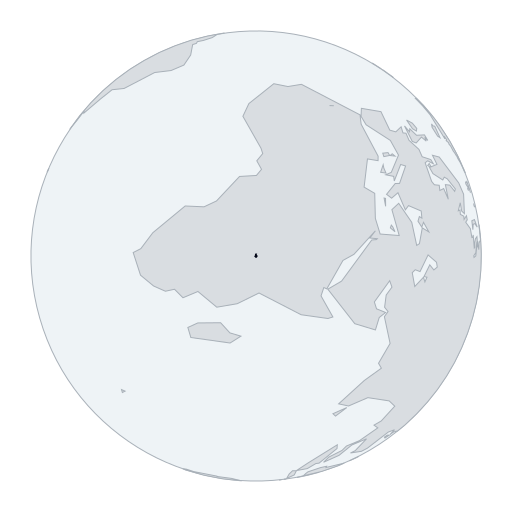 Ngozi highlighted on a globe, orthographic projection, rotated 74°
{"feature_id": "BDI-2642", "entity_name": "Ngozi", "entity_type": "Province", "adm_level": 1, "iso_a3": "BDI", "parent_name": "Burundi", "parent_adm1": "", "projection": "orthographic", "projection_center": [29.883, -2.862], "detail": "fine", "context": "on_globe", "style": "filled", "palette": "ink", "viewbox_px": 512, "rotation_deg": 74, "n_neighbors": 0, "source": "natural_earth", "source_scale": "10m", "svg_char_len": 6225}
<svg xmlns="http://www.w3.org/2000/svg" viewBox="0 0 512 512"><g transform="rotate(74 256 256)"><circle cx="256" cy="256" r="225" fill="#eef3f6" stroke="#a8b0b8"/><path d="M122.4,74.6L121.7,75.2L118.2,77.8L117.0,78.7L122.4,74.6ZM32.9,224.8L32.2,232.0L34.0,237.8L34.3,247.2L33.8,253.3L35.2,254.7L35.3,258.6L44.8,263.4L52.6,272.7L54.3,286.5L51.7,302.8L58.6,336.6L56.5,348.5L62.1,362.0L71.2,382.1L69.1,381.2L76.2,390.6L80.3,396.6L80.6,397.4L82.9,400.1L72.4,386.6L63.1,372.4L54.8,357.4L47.7,341.9L41.8,325.9L37.2,309.5L33.7,292.8L31.6,275.9L30.7,258.9L31.2,241.8L32.9,224.8ZM116.9,433.1L114.6,430.9L116.0,431.9L117.9,433.7L116.9,433.1ZM316.1,38.9L316.4,39.0L331.8,43.8L346.7,49.8L361.2,56.8L375.1,64.8L388.4,73.8L401.1,83.7L413.0,94.4L424.1,106.0L434.4,118.4L443.7,131.5L452.1,145.2L459.5,159.4L463.2,168.1L463.1,172.3L464.4,176.1L461.2,170.7L461.7,177.4L471.4,201.8L472.8,208.5L471.4,219.5L470.5,214.4L462.2,200.1L464.1,216.0L470.5,231.1L472.9,247.9L469.4,241.6L466.6,226.9L463.6,221.4L462.0,207.4L454.8,186.3L451.1,189.2L449.1,181.1L438.6,164.0L432.0,167.9L423.0,187.5L425.7,208.4L420.9,217.3L405.5,186.2L398.4,166.4L392.9,167.8L377.0,151.2L349.7,149.3L345.8,144.4L340.7,146.5L329.4,141.6L323.4,133.9L316.6,134.3L332.8,154.9L340.0,154.7L346.0,147.0L349.1,154.5L360.0,161.6L348.3,179.7L307.7,196.1L303.7,180.6L272.5,140.3L273.4,135.9L273.2,135.4L272.8,134.6L270.1,141.6L264.7,134.3L281.4,161.4L284.2,173.6L307.1,197.0L305.0,199.5L312.3,204.5L335.8,198.9L335.9,204.1L324.9,228.8L292.4,263.3L296.7,287.2L294.4,307.8L274.1,321.6L276.0,337.7L265.5,343.5L264.9,352.8L256.6,362.7L242.6,372.3L218.8,373.1L217.2,364.7L205.2,348.8L188.4,310.3L194.4,292.4L192.2,278.8L175.0,249.9L178.7,233.4L174.2,226.8L164.7,229.0L159.4,221.3L153.7,221.5L118.1,230.1L107.5,220.8L95.3,191.4L101.9,178.6L103.5,165.0L149.0,117.1L158.3,118.6L193.7,111.1L198.0,112.4L193.4,122.1L219.6,133.1L228.5,124.6L252.7,130.9L269.1,130.6L275.8,112.7L248.9,112.6L244.7,104.3L266.6,97.0L290.1,98.6L289.2,95.5L274.8,88.4L280.5,83.2L269.8,85.7L273.9,88.7L267.2,90.7L263.1,88.1L265.3,86.1L258.3,84.8L249.6,95.5L252.8,99.7L234.3,102.1L237.8,109.7L232.7,113.5L224.7,102.2L225.8,98.0L210.7,87.4L207.9,91.7L222.0,102.4L217.4,101.7L213.7,108.9L212.9,102.9L198.3,91.2L181.9,95.0L160.2,114.0L150.7,116.5L143.1,114.0L151.7,96.1L171.9,92.7L175.2,87.4L171.8,80.9L178.2,80.8L179.3,78.0L187.0,77.0L198.4,70.0L206.4,68.9L211.5,61.4L216.2,60.1L211.8,64.7L213.0,67.7L232.7,66.6L236.7,64.9L238.5,60.4L243.7,61.2L242.9,57.0L254.5,55.5L239.6,54.3L241.3,50.2L248.6,47.2L246.5,45.9L234.5,50.9L232.1,53.3L234.4,55.5L225.6,63.2L218.7,64.8L217.8,56.8L207.8,58.6L211.4,52.6L241.6,41.0L253.8,39.4L272.7,44.0L269.5,45.9L261.1,45.0L268.3,49.1L268.0,47.2L272.3,48.1L275.0,45.3L278.2,45.9L275.3,42.6L279.5,43.0L281.3,45.1L288.8,42.4L297.8,43.4L297.9,42.6L295.6,41.4L308.5,44.0L308.0,43.3L303.6,42.2L299.9,40.3L298.3,38.3L302.8,39.2L304.0,40.1L313.4,43.8L315.8,46.6L317.5,46.8L316.5,44.7L305.1,40.1L302.8,38.7L308.8,40.6L306.4,39.7L306.7,39.4L311.3,40.1L305.0,38.1L302.2,35.5L304.4,36.0L316.1,38.9ZM133.0,139.8L131.7,143.7L131.7,143.8L133.0,139.8ZM315.1,110.4L329.1,111.8L322.6,100.9L327.5,100.8L323.5,97.5L322.1,100.2L312.4,91.4L318.4,88.9L316.6,84.8L311.8,84.2L302.4,90.3L316.2,102.6L313.1,106.7L315.1,110.4ZM114.3,80.9L116.6,79.1L111.5,83.2L114.3,80.9ZM110.8,83.8L107.7,86.6L102.5,91.4L105.3,88.7L102.6,91.1L103.5,90.2L110.8,83.8ZM177.7,66.3L180.1,67.4L176.8,70.5L166.8,73.8L171.4,69.1L177.7,66.3ZM184.2,68.4L186.0,60.7L192.3,59.0L188.5,61.1L192.5,60.7L187.3,64.2L191.5,70.9L188.9,74.2L171.9,77.4L178.9,74.2L176.1,73.1L184.2,68.4ZM179.7,50.1L180.5,48.4L193.0,46.5L190.8,48.4L180.7,51.3L177.4,50.8L179.7,50.1ZM172.9,46.6L179.7,44.0L179.0,44.3L182.0,43.2L181.9,43.2L182.3,43.1L199.1,38.0L216.1,34.3L233.4,31.9L233.9,31.9L229.1,32.4L233.1,32.3L226.6,33.1L227.5,33.0L222.5,33.9L218.1,35.1L215.2,35.5L214.7,35.8L211.4,36.7L209.8,37.4L204.0,38.6L201.6,39.7L200.2,39.6L197.5,41.4L196.9,40.7L192.6,42.2L195.5,42.1L168.2,49.7L157.3,54.6L148.5,59.3L148.6,58.4L157.0,53.7L166.9,49.1L172.9,46.6ZM203.3,108.6L206.7,108.9L212.1,108.2L209.9,113.1L203.3,108.6ZM193.0,100.6L196.2,99.8L195.7,105.7L192.1,105.8L193.0,100.6ZM198.3,94.8L196.4,99.4L195.3,96.9L198.3,94.8ZM214.8,64.0L218.2,63.2L218.4,64.3L216.3,66.0L214.8,64.0ZM244.6,34.4L242.3,34.1L243.4,33.8L242.5,32.8L247.3,32.5L249.7,33.0L244.6,34.4ZM271.0,115.7L266.0,119.1L263.6,117.4L265.8,116.5L271.0,115.7ZM236.3,115.6L244.0,117.7L235.6,116.9L236.3,115.6ZM249.7,34.0L248.8,33.5L251.7,33.7L249.7,34.0ZM250.8,32.3L254.3,32.4L247.8,32.4L250.8,32.3ZM349.8,419.1L350.4,422.1L347.3,422.1L349.8,419.1ZM332.5,304.9L316.4,341.1L305.9,341.2L304.3,330.4L310.4,308.4L322.7,302.3L328.9,292.6L332.5,304.9ZM477.8,295.6L478.1,293.2L477.9,294.7L477.8,295.6ZM478.6,288.5L478.7,289.9L478.2,290.7L478.6,288.5ZM478.6,290.5L478.7,290.3L478.6,290.5ZM478.3,287.9L474.7,284.2L472.5,280.0L473.6,276.4L477.0,279.6L478.3,287.9ZM473.4,276.2L469.4,263.4L459.9,229.9L463.4,231.2L472.5,252.5L472.0,255.6L474.5,265.3L473.4,276.2ZM480.8,261.2L480.3,271.0L478.8,268.1L477.8,265.6L477.2,252.2L477.6,246.1L478.6,247.0L479.4,228.3L480.3,234.7L480.7,242.8L481.2,252.3L480.8,261.2ZM426.7,210.5L431.8,223.7L428.8,225.5L426.7,210.5ZM477.7,215.8L478.6,222.7L477.0,212.5L477.7,215.8ZM466.5,182.2L465.5,182.5L464.4,179.3L464.9,177.1L466.5,182.2ZM289.2,35.4L285.2,36.7L285.4,38.5L290.5,40.3L281.6,38.8L281.2,36.0L289.2,35.4ZM300.2,35.2L295.7,34.2L298.7,34.8L300.1,35.1L300.2,35.2ZM296.7,34.5L289.2,33.3L287.3,32.9L293.6,33.9L296.7,34.5ZM269.4,32.3L267.9,32.6L265.5,32.3L269.4,32.3ZM442.2,382.8L440.3,385.0L441.7,381.7L446.1,375.2L457.0,353.9L457.0,354.7L463.0,340.9L468.1,332.0L468.2,331.8L461.0,349.5L452.3,366.6L442.2,382.8ZM480.2,277.6L480.3,277.0L481.0,266.8L481.3,255.4L481.3,255.2L480.2,277.6Z" fill="#d9dde1" stroke="#a8b0b8" stroke-width="1"/><path d="M255.7,255.6L255.8,255.6L256.0,255.4L256.1,255.2L256.4,255.2L256.5,255.3L256.6,255.5L256.8,255.7L256.9,255.8L256.9,256.0L257.0,256.0L257.1,256.3L256.8,256.5L256.7,256.5L256.4,256.7L256.3,256.8L256.1,256.9L256.0,256.7L255.9,256.6L255.7,256.5L255.6,256.3L255.6,256.2L255.4,256.1L255.2,256.1L254.9,256.0L255.1,255.9L255.0,255.7L255.2,255.8L255.3,255.8L255.4,255.7L255.5,255.6L255.7,255.6Z" fill="#0f172a" stroke="#020617" stroke-width="1.5"/></g></svg>